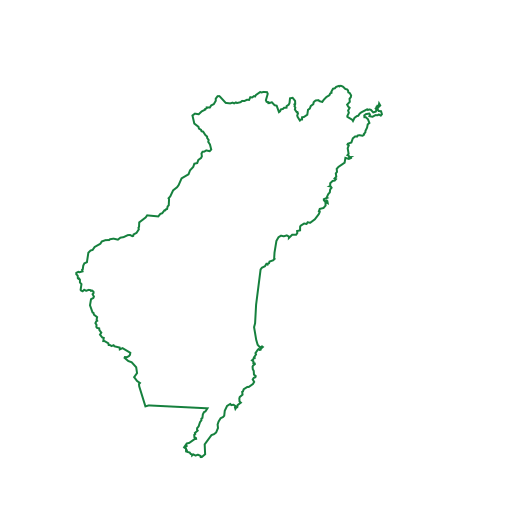 outline of Acandí, Chocó, Colombia, rotated 66°
{"feature_id": "7082276B91740979880715", "entity_name": "Acandí", "entity_type": "district", "adm_level": 2, "iso_a3": "COL", "parent_name": "Colombia", "parent_adm1": "Chocó", "projection": "mercator", "projection_center": [-77.318, 8.474], "detail": "fine", "context": "isolated", "style": "outline", "palette": "green", "viewbox_px": 512, "rotation_deg": 66, "n_neighbors": 0, "source": "geoboundaries", "source_scale": "gbopen_adm2", "svg_char_len": 6115}
<svg xmlns="http://www.w3.org/2000/svg" viewBox="0 0 512 512"><g transform="rotate(66 256 256)"><path d="M413.9,389.9L416.0,388.0L417.2,388.3L417.6,387.3L416.4,383.1L407.2,379.5L401.5,369.5L401.7,366.8L401.0,364.2L397.7,360.7L394.3,359.6L392.0,357.5L389.8,354.3L389.7,351.5L389.0,350.0L384.7,347.5L381.2,343.4L380.7,339.7L382.2,339.2L382.7,337.1L384.9,335.7L385.7,336.8L387.3,337.0L386.2,335.3L386.5,334.6L384.7,333.4L383.8,329.5L382.2,330.2L379.4,329.2L378.2,328.2L377.2,324.7L374.5,323.9L374.4,323.0L372.7,321.4L372.1,317.2L372.7,315.9L371.7,310.9L370.3,308.9L367.4,309.2L366.4,307.6L366.5,305.9L365.6,305.1L363.5,306.1L360.0,304.8L358.2,305.0L355.8,304.2L354.9,303.3L354.3,301.0L353.5,300.9L352.8,302.0L351.2,301.2L349.7,302.1L349.2,300.4L348.0,299.3L348.5,298.7L347.3,298.2L345.9,296.0L344.5,296.0L342.2,292.2L342.1,291.5L343.3,290.9L343.5,289.9L342.6,289.1L341.9,286.8L341.0,287.3L341.2,289.5L337.8,290.6L332.6,289.9L320.2,286.7L317.1,284.2L300.5,275.7L270.2,257.3L269.1,255.4L269.0,252.0L267.4,249.7L268.5,248.9L267.8,248.2L267.9,247.1L266.6,245.9L266.9,242.1L266.2,240.2L265.6,240.4L260.4,237.7L250.5,231.2L248.0,227.8L247.6,224.9L249.3,222.6L249.7,219.5L251.7,218.0L252.9,218.6L251.3,214.3L252.9,210.7L251.8,208.9L249.9,208.3L250.5,205.3L247.2,203.8L246.5,202.9L245.9,198.8L247.3,196.8L246.2,195.1L247.7,193.0L246.4,187.3L243.3,181.6L241.8,180.0L241.3,179.7L240.7,180.3L238.9,178.6L239.6,174.8L238.2,171.9L236.2,171.1L235.9,169.8L236.9,169.0L234.8,168.5L234.1,168.8L234.2,170.9L232.6,171.3L231.7,170.9L231.8,167.4L231.4,167.7L228.9,164.9L227.9,162.7L225.4,161.2L224.4,159.2L223.1,159.4L222.3,160.4L222.3,159.8L219.7,158.6L218.6,155.5L219.1,153.4L218.3,151.7L217.1,152.6L216.2,150.4L213.0,149.5L212.1,147.8L209.2,146.8L208.1,144.3L206.8,137.1L202.7,134.4L205.1,131.7L205.1,128.5L204.2,130.3L204.1,129.3L203.5,130.6L202.1,130.5L201.1,131.4L200.2,129.8L194.8,128.4L192.7,126.3L191.4,127.1L190.8,126.4L191.1,122.7L187.9,119.7L187.1,116.8L188.0,115.1L187.3,114.2L187.7,112.4L189.5,109.7L189.1,107.9L188.4,107.8L187.5,105.8L186.2,105.1L183.9,102.3L181.2,100.4L180.6,98.3L176.6,98.1L173.8,99.3L173.3,100.5L171.6,99.9L171.1,97.9L171.9,94.6L173.1,94.4L174.4,95.5L176.2,92.9L175.9,89.6L176.9,87.6L176.7,86.2L178.5,84.9L177.7,83.3L174.6,82.9L173.4,85.0L170.9,85.3L170.0,83.9L169.1,84.3L169.6,82.8L169.0,81.3L166.8,81.5L168.6,82.7L168.1,84.0L169.0,84.5L169.9,86.7L171.5,86.4L172.8,87.9L172.5,90.5L169.2,91.6L168.2,92.9L168.1,94.4L167.2,94.8L167.6,101.4L168.1,103.4L169.5,105.6L169.2,106.8L169.8,109.7L172.1,112.5L170.6,112.7L166.1,115.9L165.3,115.7L162.9,112.9L160.6,112.7L158.7,110.2L157.1,111.0L154.8,111.2L153.3,107.6L150.4,106.6L149.5,104.8L148.0,103.8L145.3,104.1L144.1,105.1L142.2,104.6L140.9,105.0L139.7,106.5L136.8,107.6L135.4,108.8L134.7,110.0L135.0,110.8L134.3,111.3L134.1,114.0L134.9,115.8L134.5,117.6L136.6,120.4L137.6,120.6L137.7,122.1L139.0,123.6L139.4,127.0L140.8,130.5L142.2,132.8L140.3,135.1L139.1,135.5L138.2,138.2L138.5,139.6L139.0,140.8L140.6,141.9L141.2,144.9L143.2,146.9L143.6,149.0L147.8,151.7L148.5,155.7L148.0,157.5L150.0,158.4L149.6,159.4L150.1,160.8L145.8,161.4L144.4,161.2L142.9,159.7L141.4,159.6L141.3,160.3L138.0,160.9L136.4,159.7L134.8,159.9L133.7,158.8L133.0,159.1L132.7,158.2L130.2,157.2L126.4,158.2L125.8,160.8L129.9,163.2L131.1,164.6L131.5,167.0L132.9,167.8L132.0,170.1L132.6,171.5L132.2,173.7L133.6,175.2L133.9,176.5L127.1,176.0L125.8,177.7L122.0,179.0L121.7,181.9L121.4,182.5L120.5,182.1L119.5,183.6L117.7,183.6L112.6,179.3L110.8,179.3L109.2,182.4L108.8,184.6L107.9,185.5L108.9,190.6L109.9,192.0L109.1,192.8L109.6,195.1L108.6,196.6L110.6,198.8L109.6,200.7L109.7,203.5L108.7,205.6L109.2,207.6L108.5,211.2L107.5,211.9L107.7,213.9L106.4,215.0L106.1,217.5L103.8,221.4L95.8,224.1L95.0,224.5L94.4,226.1L95.9,228.8L97.8,229.6L100.1,232.8L100.2,235.7L101.6,237.8L100.3,240.4L100.8,240.5L101.1,242.8L101.6,242.9L101.8,246.8L103.2,250.7L101.1,253.9L101.8,256.9L109.9,258.5L114.6,256.0L116.4,256.3L118.4,254.9L119.9,255.0L120.9,253.7L124.8,253.1L127.0,252.1L128.3,252.6L130.8,252.1L132.3,253.2L135.4,252.7L140.5,253.6L141.4,255.7L139.3,258.5L139.6,260.8L139.0,262.4L140.2,264.1L142.9,264.9L144.1,266.3L144.8,269.6L147.2,271.9L146.6,274.8L149.1,277.1L150.9,281.4L153.9,284.4L154.8,292.4L159.8,297.9L161.1,300.2L162.3,305.0L166.7,310.1L167.7,312.4L168.7,312.3L174.2,315.1L174.8,316.6L176.9,318.1L176.7,319.3L177.4,320.3L177.0,321.0L178.8,324.3L178.6,326.2L180.1,329.2L174.6,338.9L175.9,341.1L177.8,349.0L181.8,351.0L182.4,351.9L184.0,352.2L186.3,355.8L186.5,359.1L187.7,360.0L187.6,360.9L185.6,362.5L184.8,364.6L184.9,369.3L184.1,372.4L184.9,375.5L182.2,379.1L181.3,382.6L181.7,383.7L180.3,387.0L180.0,391.0L181.5,393.2L182.1,399.7L184.0,402.8L183.7,404.9L184.8,407.8L192.9,413.0L192.9,415.8L194.5,417.7L197.7,419.7L197.9,420.5L199.5,420.7L199.0,424.0L198.2,424.7L198.3,427.0L199.6,427.6L201.4,426.9L203.9,427.8L204.7,427.4L204.6,426.8L206.0,426.5L208.6,427.6L210.7,426.9L215.6,430.0L216.5,429.8L217.7,428.7L217.0,426.7L218.7,425.3L218.9,422.6L220.0,420.9L220.8,420.9L221.0,419.7L222.5,419.0L223.7,419.4L224.4,420.8L227.2,420.6L228.2,421.7L228.4,424.3L233.5,427.7L241.1,428.3L241.9,427.6L243.7,427.9L247.2,426.0L249.2,427.4L250.6,427.4L250.7,428.5L252.0,430.0L254.1,429.7L255.8,430.7L257.1,430.4L258.3,428.7L260.1,429.2L263.1,428.5L264.4,430.5L267.9,429.6L268.9,428.4L271.6,430.1L272.1,429.0L275.7,426.4L277.4,426.8L278.1,425.5L279.5,424.6L279.6,422.4L280.9,422.1L284.2,417.8L285.9,418.4L285.9,415.4L293.3,410.2L295.0,411.3L295.8,412.9L295.9,415.1L295.0,416.9L295.6,417.5L300.0,415.4L302.5,412.8L308.9,410.7L314.6,412.3L317.1,416.6L321.8,415.5L324.8,413.7L325.4,415.0L327.6,415.7L348.4,418.2L348.9,414.7L375.4,362.3L377.4,365.4L377.5,367.1L379.1,369.0L382.1,370.8L382.4,372.1L383.9,372.7L385.0,374.7L388.4,377.8L389.3,379.8L390.7,380.5L391.8,380.3L392.8,383.8L393.9,383.9L394.3,385.2L396.6,386.0L397.9,384.9L398.7,385.1L398.3,386.5L399.6,393.0L399.1,395.5L400.5,397.8L400.6,396.6L401.4,396.6L402.1,399.2L403.5,398.3L405.7,399.2L405.7,398.3L406.9,398.6L408.6,396.5L410.3,396.2L411.3,395.0L412.2,395.4L411.8,393.9L413.7,392.4L413.9,389.9Z" fill="none" stroke="#15803d" stroke-width="2"/></g></svg>